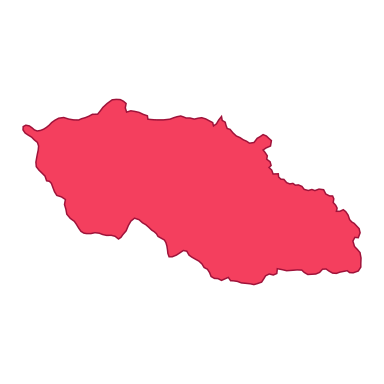 Tapiraí, Minas Gerais, Brazil (Mercator projection)
{"feature_id": "56859067B4680044850296", "entity_name": "Tapiraí", "entity_type": "district", "adm_level": 2, "iso_a3": "BRA", "parent_name": "Brazil", "parent_adm1": "Minas Gerais", "projection": "mercator", "projection_center": [-46.157, -19.874], "detail": "fine", "context": "isolated", "style": "filled", "palette": "rose", "viewbox_px": 384, "rotation_deg": 0, "n_neighbors": 0, "source": "geoboundaries", "source_scale": "gbopen_adm2", "svg_char_len": 3047}
<svg xmlns="http://www.w3.org/2000/svg" viewBox="0 0 384 384"><path d="M360.1,232.8L359.1,228.6L357.1,226.5L354.2,223.4L351.8,222.0L349.6,219.6L348.1,215.1L345.7,211.6L343.3,209.7L339.9,211.3L336.4,211.3L337.1,208.1L335.7,205.3L333.2,202.5L333.8,198.8L332.6,196.0L329.5,195.9L325.8,194.0L323.6,189.7L319.0,189.1L314.9,190.6L311.9,189.5L308.3,190.5L304.2,189.4L301.9,186.4L298.4,184.9L295.4,185.2L292.9,183.4L289.8,183.9L286.7,182.7L283.9,179.4L280.9,179.2L278.6,177.0L278.3,173.8L273.1,174.0L271.7,170.1L269.0,167.5L271.1,165.5L270.1,161.8L266.7,159.2L267.3,155.8L265.1,152.5L263.1,150.0L266.0,148.0L270.5,146.0L271.4,140.6L269.1,138.6L266.4,136.0L263.1,134.6L260.0,136.7L257.2,138.3L254.0,142.5L249.5,143.2L246.5,141.2L243.3,139.8L240.0,137.6L236.3,136.0L232.9,132.8L230.1,129.4L227.2,128.5L226.0,125.4L225.2,122.2L222.2,120.4L221.5,116.5L218.7,120.0L216.4,123.9L213.5,125.9L212.7,122.6L208.9,120.6L205.7,118.9L201.7,117.7L198.1,118.2L194.3,119.1L190.0,118.0L186.1,118.0L183.4,116.9L180.7,116.0L177.1,116.7L173.8,117.7L169.9,119.2L163.4,119.9L157.5,119.9L154.3,119.8L150.8,119.5L147.9,119.2L147.4,115.8L143.3,114.4L139.1,112.4L134.7,111.4L130.8,110.8L126.6,112.1L125.3,107.9L126.1,103.5L123.4,101.2L120.3,99.6L116.3,99.4L112.2,99.8L107.1,103.5L102.9,107.4L100.3,110.9L97.6,114.2L92.4,114.3L88.9,116.2L85.2,117.7L81.6,118.7L78.6,120.0L73.7,119.9L68.8,119.1L63.7,117.5L58.7,118.2L54.8,120.3L51.6,122.6L49.2,125.2L46.3,127.5L43.6,129.2L40.6,130.4L37.2,131.0L34.4,129.9L32.0,127.8L29.3,125.9L25.8,125.2L23.2,126.6L23.0,129.9L25.1,133.0L27.9,134.9L31.7,137.2L34.2,139.8L37.4,142.4L38.6,146.0L38.2,150.2L37.4,153.9L36.6,158.1L35.9,162.2L36.3,166.7L39.1,170.3L42.0,173.1L45.0,176.1L46.6,180.8L49.4,181.3L51.4,183.4L52.9,187.5L54.5,191.7L56.8,195.4L61.5,196.9L65.4,199.5L64.5,204.5L65.9,209.3L66.8,214.2L70.3,218.4L74.3,221.3L76.4,224.3L78.8,228.3L81.0,231.4L83.8,233.1L86.6,233.6L90.8,233.6L94.9,232.7L99.3,233.2L102.6,234.5L106.6,235.4L111.3,235.3L115.1,236.3L118.5,239.0L120.9,237.4L122.8,234.7L126.1,230.9L128.4,225.4L130.9,221.1L134.5,218.2L139.1,219.7L142.5,222.8L145.7,224.6L148.6,227.1L151.7,230.1L154.2,231.7L156.5,233.8L158.0,236.4L161.2,238.2L164.4,240.0L165.9,242.6L166.9,246.0L167.5,249.9L167.9,253.5L169.1,256.8L172.2,256.8L176.4,255.1L179.8,252.9L183.3,250.5L186.8,251.2L189.0,255.1L191.8,257.1L195.1,259.0L198.9,261.1L202.0,264.0L204.1,267.5L207.4,269.2L209.6,272.6L211.1,276.5L214.4,278.4L218.0,278.6L221.5,280.4L225.1,278.8L228.3,277.4L230.6,280.7L233.3,280.8L237.4,281.4L241.4,282.9L245.5,283.3L250.4,283.8L253.9,284.6L257.4,283.6L261.6,282.1L263.8,278.8L265.6,275.8L269.2,274.0L273.3,275.0L276.8,273.5L277.3,268.7L282.4,269.7L286.6,270.7L292.3,270.3L297.2,269.9L301.8,270.1L304.2,272.4L307.8,274.5L315.8,274.0L319.6,272.4L322.5,269.2L326.1,269.0L328.9,271.0L332.6,273.1L336.4,273.4L340.0,272.1L344.1,271.3L347.2,270.7L349.6,272.6L353.2,272.8L358.3,271.0L360.8,267.1L360.8,263.5L361.0,258.0L360.0,252.6L357.3,249.4L354.5,246.5L352.9,241.1L354.8,237.4L358.3,237.7L360.1,232.8Z" fill="#f43f5e" stroke="#9f1239" stroke-width="1.5"/></svg>